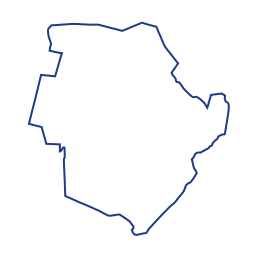 Kwanza, Rift Valley, Kenya, rotated 4°
{"feature_id": "3690345B32096026427645", "entity_name": "Kwanza", "entity_type": "district", "adm_level": 2, "iso_a3": "KEN", "parent_name": "Kenya", "parent_adm1": "Rift Valley", "projection": "robinson", "projection_center": [35.017, 1.14], "detail": "fine", "context": "isolated", "style": "outline", "palette": "blue", "viewbox_px": 256, "rotation_deg": 4, "n_neighbors": 0, "source": "geoboundaries", "source_scale": "gbopen_adm2", "svg_char_len": 3559}
<svg xmlns="http://www.w3.org/2000/svg" viewBox="0 0 256 256"><g transform="rotate(4 128 128)"><path d="M219.3,87.1L216.5,87.6L210.8,88.7L208.4,89.3L208.3,90.1L208.1,91.2L207.9,92.2L206.9,96.8L206.1,100.6L205.6,102.2L203.9,99.8L203.5,99.1L202.1,97.4L200.7,96.4L200.1,95.8L197.3,93.7L196.7,93.3L196.0,93.0L194.4,92.2L193.4,92.2L192.2,92.5L191.0,92.7L189.7,92.2L187.6,90.8L185.0,88.5L183.3,87.1L180.8,84.8L180.1,84.0L179.2,82.8L177.5,80.6L175.8,78.9L174.7,78.7L173.7,78.7L172.9,78.2L172.5,77.1L172.2,76.0L171.9,75.4L171.4,74.7L170.3,73.5L169.6,72.8L169.0,72.1L168.5,71.5L168.1,70.8L167.6,70.2L168.5,68.4L173.5,60.0L171.4,57.9L169.4,55.6L167.8,53.8L165.5,51.3L162.1,47.6L159.3,44.3L158.8,43.6L158.0,42.1L157.5,41.2L156.0,38.3L154.4,35.1L152.9,32.3L152.0,30.6L149.7,26.0L149.2,25.0L141.7,23.6L139.0,23.0L134.6,22.0L127.3,25.6L125.1,26.7L118.8,29.9L115.5,31.5L107.1,29.9L104.0,29.4L100.0,28.6L99.3,28.5L91.5,27.0L90.6,27.0L87.2,27.3L82.8,27.6L81.0,27.6L80.3,27.6L78.3,27.7L74.2,27.8L71.4,27.8L67.1,27.9L64.8,28.1L54.8,29.5L44.3,31.0L43.2,32.6L42.4,33.4L41.5,34.9L41.3,36.1L41.5,37.5L42.0,40.3L42.5,42.2L43.6,45.1L44.6,47.3L45.5,49.8L45.0,51.3L44.7,52.7L44.5,55.3L44.4,56.3L48.6,57.0L49.5,57.2L53.5,57.7L54.8,57.8L56.8,57.9L54.1,70.3L51.7,81.5L37.6,81.1L33.4,105.7L30.7,120.4L28.9,130.8L41.8,133.1L46.4,146.1L47.0,147.7L47.6,149.5L61.2,149.1L61.7,156.1L62.3,156.0L62.9,154.9L63.5,154.3L63.8,153.5L64.0,152.9L64.4,152.2L65.3,151.9L66.0,152.0L66.7,158.2L66.9,162.1L66.3,163.1L66.3,165.1L66.7,169.0L67.2,173.3L67.7,177.3L68.1,181.3L68.6,185.4L69.0,189.8L69.5,193.8L69.9,198.1L70.2,200.2L74.9,201.9L80.3,203.9L85.8,205.9L90.0,207.3L90.9,207.6L96.4,209.5L101.6,211.4L104.7,212.5L106.0,213.1L109.6,214.7L114.0,216.7L115.9,216.7L116.7,216.8L117.9,216.5L121.6,215.6L125.0,214.9L125.9,215.0L133.6,219.4L135.0,220.4L135.8,220.8L136.6,221.6L138.7,224.1L139.8,225.3L140.3,226.2L140.4,227.4L140.0,228.1L139.4,228.7L138.9,229.2L140.2,232.0L141.3,233.3L142.2,233.8L143.0,233.9L143.9,234.0L144.9,233.9L145.6,233.6L146.7,233.3L147.4,233.1L149.3,232.5L152.4,231.7L153.1,231.6L153.6,231.3L154.2,230.5L154.6,229.9L154.9,229.1L155.3,228.0L156.0,227.0L157.3,225.5L158.3,224.2L159.3,222.9L161.7,219.9L164.7,216.2L165.3,215.4L167.4,212.8L170.7,209.0L171.4,208.2L173.9,205.2L175.2,203.6L175.7,203.1L176.6,202.2L178.8,200.3L179.6,199.2L180.8,197.8L182.7,194.8L183.1,194.2L187.2,188.5L187.8,187.6L188.1,187.0L188.3,186.3L188.9,184.4L189.4,182.8L189.7,181.5L190.2,180.7L190.9,180.1L191.5,179.3L192.0,178.8L192.8,178.6L193.9,178.0L194.5,177.3L195.0,176.5L195.4,175.9L196.1,174.9L196.8,173.9L197.1,173.1L197.4,172.4L198.0,171.5L198.3,170.9L198.8,169.9L199.4,168.9L199.6,167.9L199.2,167.0L198.8,166.3L198.3,165.5L197.4,164.5L196.8,163.6L196.1,162.0L193.9,154.8L194.6,154.0L195.1,153.2L195.7,152.0L196.2,151.2L196.4,150.3L196.7,149.6L197.3,148.8L197.9,148.3L198.8,147.8L199.7,147.6L200.5,147.5L202.4,147.4L203.4,146.5L204.1,146.0L204.7,145.8L205.8,145.1L206.6,144.3L207.6,143.9L208.3,143.5L209.5,142.7L210.3,141.8L210.7,141.0L211.1,140.5L211.8,140.2L212.8,139.6L213.2,138.9L213.3,137.9L213.6,137.0L214.2,136.3L214.8,135.6L216.0,134.3L216.6,133.7L217.2,133.2L217.7,132.6L218.4,131.2L218.6,130.3L219.1,129.8L220.0,129.3L220.8,128.9L222.0,128.1L222.8,127.9L224.6,127.7L225.1,127.0L225.7,120.0L226.2,114.8L226.7,109.4L227.0,105.1L227.1,103.5L227.1,102.1L227.1,101.1L227.0,98.9L226.9,98.0L226.5,96.9L226.1,96.3L224.9,95.3L224.2,95.0L223.4,94.5L223.1,93.7L222.9,92.9L222.4,91.8L222.4,91.0L222.6,90.0L222.5,89.0L221.5,88.2L220.0,87.7L219.3,87.1Z" fill="none" stroke="#1e3a8a" stroke-width="2"/></g></svg>